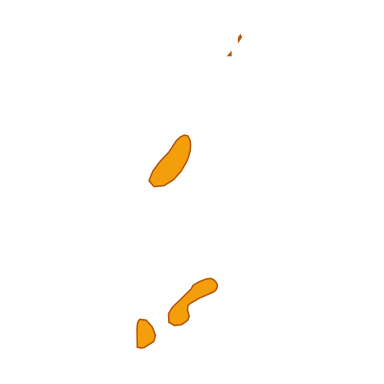 an SVG outline of Batanes, rotated 12°
{"feature_id": "PHL-2543", "entity_name": "Batanes", "entity_type": "Province", "adm_level": 1, "iso_a3": "PHL", "parent_name": "Philippines", "parent_adm1": "", "projection": "albers", "projection_center": [121.912, 20.698], "detail": "fine", "context": "isolated", "style": "filled", "palette": "amber", "viewbox_px": 384, "rotation_deg": 12, "n_neighbors": 0, "source": "natural_earth", "source_scale": "10m", "svg_char_len": 909}
<svg xmlns="http://www.w3.org/2000/svg" viewBox="0 0 384 384"><g transform="rotate(12 192 192)"><path d="M180.3,164.1L176.9,174.2L171.2,184.0L163.3,191.6L153.8,194.6L147.6,190.0L149.4,179.6L154.5,168.5L161.1,157.8L166.1,144.9L169.1,140.7L172.6,138.0L176.3,138.0L179.5,142.0L181.1,147.3L181.6,153.0L181.3,158.7L180.3,164.1ZM228.1,272.6L231.5,273.3L234.5,275.4L236.4,278.3L236.2,282.0L234.1,285.1L221.4,294.2L213.3,301.5L211.5,304.1L212.4,309.1L214.1,312.0L215.2,314.6L214.2,318.7L209.4,323.9L202.6,326.3L196.5,324.3L194.3,315.9L196.6,309.2L211.5,286.8L212.3,283.3L217.4,278.5L223.8,274.3L228.1,272.6ZM167.5,327.4L173.9,326.9L181.1,332.2L186.1,339.8L185.7,346.1L177.4,354.2L174.7,355.2L170.8,355.3L166.6,337.1L166.0,332.0L166.3,329.4L167.5,327.4ZM205.6,31.1L206.7,28.7L208.0,30.2L206.2,34.7L205.6,31.1ZM201.7,50.5L199.2,51.0L201.0,47.6L201.7,50.5Z" fill="#f59e0b" stroke="#b45309" stroke-width="1.5"/></g></svg>